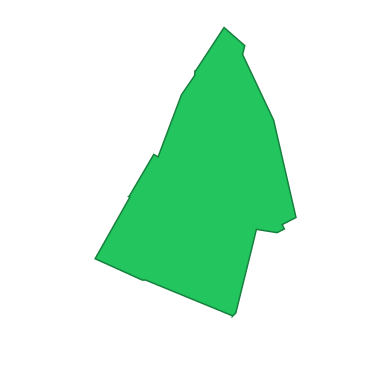 outline of 91, Al Wakrah, Qatar, rotated 331°
{"feature_id": "91078587B94476380924667", "entity_name": "91", "entity_type": "district", "adm_level": 2, "iso_a3": "QAT", "parent_name": "Qatar", "parent_adm1": "Al Wakrah", "projection": "equal_earth", "projection_center": [51.504, 25.135], "detail": "fine", "context": "isolated", "style": "filled", "palette": "green", "viewbox_px": 384, "rotation_deg": 331, "n_neighbors": 0, "source": "geoboundaries", "source_scale": "gbopen_adm2", "svg_char_len": 511}
<svg xmlns="http://www.w3.org/2000/svg" viewBox="0 0 384 384"><g transform="rotate(331 192 192)"><path d="M216.4,270.9L230.2,255.9L246.7,268.8L254.9,269.1L255.0,264.2L270.6,264.7L298.2,168.8L302.9,96.3L309.1,89.6L299.8,63.7L297.8,64.7L253.2,88.2L253.1,87.9L250.7,91.5L230.0,101.8L210.0,118.8L179.3,144.9L176.8,140.6L135.2,165.2L134.4,165.2L135.1,166.4L74.9,203.4L105.7,244.8L108.8,246.6L167.4,319.9L167.1,320.3L167.5,320.2L171.6,319.1L216.4,270.9Z" fill="#22c55e" stroke="#15803d" stroke-width="1.5"/></g></svg>